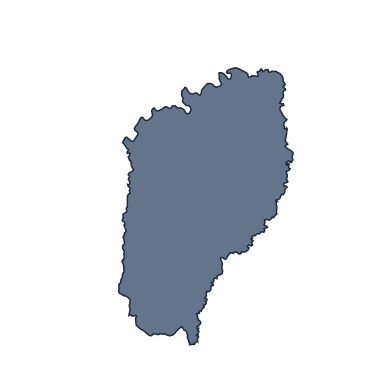 outline of Makoabating, Mafeteng, Lesotho, rotated 209°
{"feature_id": "5366337B10709831324049", "entity_name": "Makoabating", "entity_type": "district", "adm_level": 2, "iso_a3": "LSO", "parent_name": "Lesotho", "parent_adm1": "Mafeteng", "projection": "orthographic", "projection_center": [27.416, -29.927], "detail": "fine", "context": "isolated", "style": "filled", "palette": "slate", "viewbox_px": 384, "rotation_deg": 209, "n_neighbors": 0, "source": "geoboundaries", "source_scale": "gbopen_adm2", "svg_char_len": 6051}
<svg xmlns="http://www.w3.org/2000/svg" viewBox="0 0 384 384"><g transform="rotate(209 192 192)"><path d="M191.3,333.2L191.6,330.0L193.1,329.0L193.0,328.2L190.4,326.1L190.5,325.0L195.6,323.1L197.0,320.7L197.9,320.0L199.1,320.5L200.7,322.4L202.9,322.7L211.5,322.4L213.9,321.8L215.1,321.0L219.2,316.6L220.1,314.5L219.6,313.2L218.6,313.0L216.0,314.6L215.2,314.3L214.1,313.2L213.3,311.4L213.5,309.2L214.1,308.7L215.1,308.5L221.0,310.7L223.7,310.7L226.0,309.5L226.1,309.1L223.8,305.8L223.2,304.3L218.5,300.5L218.4,299.4L218.9,298.3L221.6,295.5L222.4,295.1L226.7,296.1L229.1,295.6L230.9,294.4L231.6,292.7L232.8,286.7L232.7,284.9L231.6,282.4L232.1,280.7L232.8,280.4L235.8,280.8L236.8,280.5L238.7,278.1L241.1,277.2L244.6,278.3L247.3,280.2L249.0,280.0L249.0,278.1L249.9,275.6L249.7,274.7L247.4,271.1L245.3,269.7L244.7,267.7L243.4,266.0L239.2,264.9L237.9,265.3L237.4,265.8L235.5,265.8L233.3,264.2L232.4,263.0L232.8,259.1L234.8,257.8L239.2,260.2L242.5,260.2L245.5,258.5L248.6,259.3L249.2,258.7L250.5,258.3L251.0,257.3L251.0,255.6L251.8,254.5L252.8,254.0L253.8,254.3L256.0,254.0L257.2,253.0L258.7,249.5L260.4,247.1L262.1,246.1L263.6,245.9L265.7,247.3L266.6,246.0L266.7,243.4L263.7,240.1L263.6,237.8L265.0,233.8L267.2,232.0L268.4,232.0L270.3,233.1L271.6,233.2L272.6,232.7L272.9,231.3L272.5,226.0L273.3,221.5L273.2,219.5L272.0,218.4L268.5,217.7L267.2,216.5L267.9,207.7L268.6,207.2L270.6,207.3L275.8,208.3L276.8,207.2L276.7,201.6L274.6,201.0L269.6,198.4L268.4,198.4L268.0,197.6L268.0,195.4L267.6,194.6L266.8,194.6L265.2,195.9L264.2,193.9L264.8,192.3L264.6,191.6L261.8,189.3L261.4,189.7L260.5,189.3L257.3,185.1L254.5,183.6L254.0,182.7L254.6,180.4L256.1,178.7L256.2,176.2L254.4,175.4L254.0,174.6L254.1,173.0L253.5,171.8L251.8,171.1L250.7,169.5L250.4,168.2L250.7,167.5L252.0,167.4L251.3,166.5L247.9,165.3L247.5,164.7L247.6,163.1L245.6,160.9L246.5,159.4L246.6,157.3L241.3,147.5L241.6,146.0L239.9,143.8L239.7,142.7L240.1,141.7L241.5,139.3L241.2,138.3L240.0,136.9L239.3,133.3L238.7,132.9L236.6,133.0L235.6,132.1L234.9,131.1L235.5,130.4L235.2,129.7L233.4,128.6L232.6,127.5L231.2,126.8L230.6,124.1L231.2,123.5L230.4,121.8L230.5,119.1L228.5,117.7L227.7,116.1L226.2,115.0L226.0,114.0L226.6,111.1L224.9,108.6L223.6,108.4L223.4,107.6L222.2,107.1L221.5,104.4L220.8,103.9L219.5,101.9L219.0,99.1L219.6,99.3L219.6,97.3L216.7,95.2L215.5,93.2L214.8,93.0L214.4,92.3L214.5,91.4L212.8,90.0L213.0,86.8L211.7,83.5L211.5,82.2L211.7,81.4L210.4,77.6L211.2,76.5L210.5,74.3L209.0,72.5L208.1,69.8L207.2,68.7L206.1,68.3L202.8,68.6L202.2,68.0L199.4,68.9L197.5,68.9L193.9,68.0L193.0,66.2L191.8,62.2L189.2,59.4L187.3,53.3L186.1,54.8L185.4,54.9L184.1,54.4L181.4,56.7L180.3,56.5L180.2,54.7L179.8,53.6L176.3,48.5L170.1,47.0L169.0,47.4L166.6,47.1L159.7,45.8L157.6,46.8L157.1,49.2L154.2,50.5L152.6,50.7L151.0,52.6L147.9,53.9L147.3,54.7L145.4,54.6L141.5,55.5L141.2,56.3L139.5,57.5L139.3,58.7L138.5,59.8L138.1,63.7L137.4,64.6L137.7,65.8L136.9,66.5L135.8,69.1L133.6,68.4L132.4,67.4L130.2,67.6L128.5,66.7L127.6,65.4L126.0,64.4L125.6,63.8L125.8,63.0L125.3,62.3L122.8,60.3L122.4,59.4L121.5,59.4L120.3,57.5L120.1,58.3L119.6,57.8L118.9,58.0L117.3,59.2L117.0,60.0L116.5,59.6L115.9,59.9L116.2,61.3L115.8,62.8L114.2,63.9L115.4,64.9L116.1,66.1L115.9,68.4L117.0,68.9L118.5,68.5L118.3,69.8L117.4,69.7L118.3,71.6L118.1,72.2L118.5,73.7L120.1,73.8L120.0,76.0L121.3,75.0L121.8,75.4L122.2,76.8L121.4,77.5L121.3,79.1L120.8,80.2L121.0,82.1L123.0,83.2L124.1,83.0L124.7,83.8L126.4,84.8L127.3,86.6L128.8,87.6L128.0,88.3L128.0,89.2L127.0,89.2L126.8,89.9L127.6,90.8L127.1,91.9L126.1,92.3L126.4,94.6L125.6,97.4L126.2,97.5L127.1,98.5L127.0,99.0L125.9,99.5L125.6,101.1L126.1,102.3L127.4,103.2L126.4,103.9L126.9,105.4L127.3,105.7L129.4,105.4L129.0,108.0L130.5,110.7L130.9,112.0L129.5,112.6L128.7,113.6L128.2,114.8L128.2,115.9L129.8,118.8L129.7,119.3L128.3,120.1L128.1,120.9L128.8,121.7L130.7,121.5L131.1,122.1L129.8,123.6L129.8,125.0L130.7,126.6L130.5,127.2L129.9,127.9L128.1,128.3L129.1,130.5L128.3,132.1L126.5,134.2L126.2,135.7L126.7,137.6L128.0,138.7L129.6,140.8L130.4,143.5L131.1,144.5L134.9,147.5L135.1,148.2L133.9,149.5L131.4,149.1L129.9,149.5L129.6,150.6L129.9,151.8L129.2,156.5L128.7,157.6L126.4,158.2L125.6,159.8L123.5,161.2L121.2,160.5L120.0,161.0L119.2,162.3L120.0,163.6L116.9,164.8L115.1,168.1L114.7,169.7L115.3,171.0L116.9,170.9L117.4,171.3L116.7,173.2L114.2,173.5L113.4,174.2L113.4,174.6L113.7,175.4L114.5,175.6L114.7,176.1L115.5,176.7L114.9,179.0L117.5,179.0L117.5,179.5L116.5,180.9L117.7,181.6L118.0,182.8L117.5,183.5L116.0,183.9L114.5,187.4L112.8,187.9L112.2,190.6L109.6,191.8L109.6,193.3L111.1,194.6L108.9,197.8L110.5,198.2L113.0,198.2L113.4,200.9L115.1,202.4L114.8,203.2L114.1,203.3L113.3,204.3L110.8,204.8L109.8,206.7L109.7,208.8L108.1,209.1L108.2,210.7L107.2,214.0L108.9,216.0L110.1,219.6L112.9,222.7L113.2,223.7L112.7,225.1L114.3,224.7L114.6,225.1L114.5,225.7L112.6,227.7L112.0,228.8L112.6,233.2L110.8,234.0L110.8,236.9L111.8,238.5L111.7,240.9L111.1,242.4L112.3,242.9L114.5,241.9L115.1,242.3L115.6,243.7L115.4,244.5L113.3,246.6L113.2,247.5L115.9,249.3L115.9,251.0L116.9,253.0L119.5,255.3L117.5,258.5L117.4,260.0L118.7,259.9L119.7,260.8L120.6,263.5L121.1,264.0L122.2,263.3L121.7,261.6L122.5,261.4L123.6,262.1L123.9,263.5L123.1,265.3L121.5,266.6L120.4,265.6L119.6,265.7L119.4,266.1L119.2,269.0L121.0,270.5L122.0,273.0L122.1,275.0L124.3,276.0L130.1,276.3L132.6,277.1L132.8,278.1L131.3,280.0L131.5,280.4L135.2,281.8L137.8,289.6L138.7,291.0L139.0,293.0L140.2,293.9L140.3,292.7L142.2,292.3L142.5,293.8L144.3,294.8L145.1,298.0L144.1,300.5L144.2,301.5L146.2,301.5L147.4,302.4L148.9,302.6L149.6,303.3L150.5,303.3L151.3,304.4L154.5,306.2L155.8,307.9L155.9,309.9L153.7,312.4L154.9,313.5L156.3,312.5L158.5,312.3L158.5,313.0L158.0,313.3L158.4,315.7L158.1,319.3L159.1,321.3L160.7,323.0L161.1,324.0L159.7,326.7L160.5,327.5L163.5,328.1L163.4,329.5L162.6,329.9L162.7,331.3L165.8,333.1L167.6,335.6L169.4,337.2L172.4,338.2L177.5,338.1L179.2,336.6L180.6,336.6L181.5,334.8L182.3,334.3L183.4,334.3L184.4,335.7L185.4,335.7L186.7,334.8L188.5,331.6L189.6,332.6L191.3,333.2Z" fill="#64748b" stroke="#1e293b" stroke-width="1.5"/></g></svg>